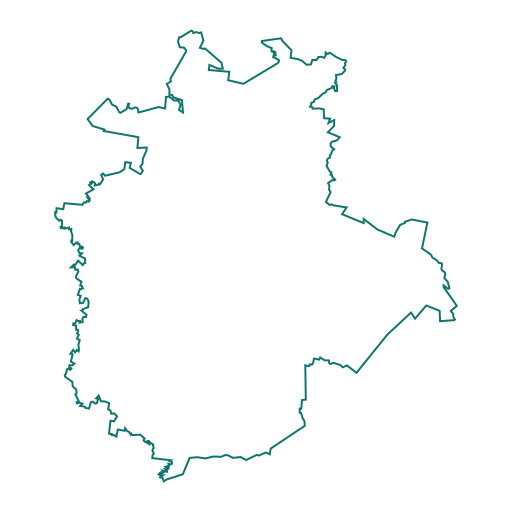 Macuspana, Tabasco, Mexico (Mercator projection)
{"feature_id": "50627088B6911600135809", "entity_name": "Macuspana", "entity_type": "district", "adm_level": 2, "iso_a3": "MEX", "parent_name": "Mexico", "parent_adm1": "Tabasco", "projection": "mercator", "projection_center": [-92.511, 17.856], "detail": "fine", "context": "isolated", "style": "outline", "palette": "teal", "viewbox_px": 512, "rotation_deg": 0, "n_neighbors": 0, "source": "geoboundaries", "source_scale": "gbopen_adm2", "svg_char_len": 5872}
<svg xmlns="http://www.w3.org/2000/svg" viewBox="0 0 512 512"><path d="M448.2,288.9L449.4,288.1L447.8,281.9L444.4,278.1L445.3,273.8L444.6,272.1L442.0,270.4L441.4,268.8L442.1,264.6L441.6,263.3L438.6,262.8L437.1,260.5L432.4,257.5L430.8,254.5L422.0,248.4L427.4,222.6L411.8,219.5L405.1,221.7L405.1,222.8L400.1,224.9L395.7,232.5L394.3,236.7L377.6,229.6L363.7,219.0L363.7,223.1L342.1,214.2L346.6,207.4L333.7,205.4L331.2,204.3L329.8,205.0L325.9,202.0L330.6,192.1L329.1,189.6L329.4,185.7L328.1,183.1L332.3,180.1L334.5,180.4L335.2,179.7L332.1,176.7L332.1,175.1L330.5,174.7L331.4,172.4L329.9,171.6L326.5,165.8L327.8,162.8L326.9,160.9L327.6,158.8L330.0,157.5L329.8,155.2L331.1,154.1L332.3,150.4L334.1,149.2L330.7,146.4L330.5,143.5L331.9,141.8L337.1,140.3L339.7,137.2L327.9,132.3L334.1,125.9L334.2,120.1L328.5,123.0L330.1,118.7L324.1,118.2L323.7,109.3L319.2,108.4L312.7,108.7L312.4,107.2L310.1,106.7L311.2,105.1L311.3,102.8L313.7,102.0L314.6,99.6L318.6,97.8L322.6,93.8L325.7,92.3L326.7,90.2L332.2,87.7L332.3,86.2L334.5,86.4L333.9,88.1L335.2,91.1L337.2,90.9L336.9,84.9L335.0,82.8L336.3,81.7L335.4,80.8L336.4,78.7L336.0,75.0L341.7,74.1L344.9,70.7L345.2,69.6L343.4,67.9L345.3,65.2L345.0,63.2L346.2,61.3L345.1,60.0L342.2,59.9L336.5,57.2L329.8,52.7L327.6,54.1L325.7,52.6L325.5,55.8L324.1,57.9L321.8,56.8L318.5,57.0L316.5,60.0L312.4,59.9L310.9,64.4L306.6,64.7L302.0,60.8L298.4,59.3L290.6,57.8L291.5,50.3L282.4,40.9L281.0,38.3L261.9,41.0L261.7,42.5L267.2,46.3L271.7,48.1L271.4,50.7L272.3,51.8L273.4,51.1L275.3,52.0L275.7,56.2L274.2,53.2L273.2,57.1L278.7,59.8L279.1,61.2L277.5,63.3L243.4,83.8L228.2,80.2L229.3,71.8L208.8,70.0L209.4,65.0L218.5,68.7L222.8,68.6L221.5,62.8L205.1,48.5L203.3,48.9L199.9,47.8L203.4,40.6L201.2,32.4L199.0,33.1L196.3,32.0L193.4,33.1L192.6,31.2L191.2,30.7L180.9,37.1L179.1,37.3L178.0,41.7L179.8,47.2L184.1,47.7L185.8,49.8L186.1,51.4L170.4,78.7L170.9,81.4L166.8,84.0L169.4,89.2L169.4,94.8L172.1,95.0L173.4,97.4L181.9,100.1L183.0,112.4L179.0,109.9L180.5,105.0L178.4,100.5L174.0,100.5L169.4,96.7L166.0,96.9L165.1,108.4L158.5,107.1L138.5,112.5L137.9,109.0L136.7,107.7L135.0,107.4L131.8,108.9L129.2,108.1L128.4,106.1L129.0,103.7L128.2,103.7L126.5,109.2L120.5,112.8L119.3,112.3L116.3,106.7L112.1,104.6L109.5,99.7L107.8,98.6L87.6,119.0L92.6,126.0L104.4,129.6L103.7,131.0L138.4,137.2L137.4,148.0L146.7,147.5L146.4,150.7L142.9,158.7L142.5,163.8L140.3,166.6L142.8,170.7L141.3,173.4L140.1,174.1L129.7,167.9L130.9,162.8L125.2,162.2L124.4,169.0L119.9,172.2L105.1,175.7L103.1,173.5L101.2,174.8L103.1,179.4L99.9,184.5L98.9,183.7L98.2,184.7L94.8,185.5L95.2,183.4L94.3,182.5L92.8,181.6L92.0,183.0L91.5,181.7L90.3,182.5L91.0,183.4L89.0,185.0L93.5,189.3L86.0,193.5L88.4,196.7L87.2,197.1L88.7,199.2L89.6,198.6L89.9,199.8L88.8,201.6L87.0,201.1L86.0,202.7L84.0,202.3L82.4,204.8L64.4,203.2L63.2,209.2L56.6,208.2L56.4,212.3L55.2,212.1L55.3,216.0L56.5,218.2L59.3,220.8L60.4,219.7L62.0,220.6L62.1,226.5L60.6,226.8L60.9,228.2L64.8,227.6L64.5,228.6L65.7,228.5L69.0,227.6L69.1,229.3L72.1,228.9L70.7,229.9L72.4,235.5L72.2,240.9L71.3,240.6L71.2,241.9L73.7,245.1L76.1,242.6L77.5,242.4L77.6,243.9L79.3,243.9L79.9,246.4L82.4,246.8L83.0,247.8L82.4,248.7L79.4,248.3L78.1,250.3L79.4,253.0L82.0,253.3L79.4,255.7L85.1,258.5L85.2,263.1L83.6,263.5L82.8,265.1L78.1,260.6L74.9,265.4L73.9,264.5L71.0,267.4L73.9,267.2L75.1,267.7L75.3,269.8L77.8,269.5L78.3,271.6L76.0,276.2L76.3,278.3L81.5,281.8L80.2,285.4L81.9,285.9L82.8,288.1L82.2,287.9L81.1,289.3L79.9,288.9L77.8,294.9L80.7,295.9L79.4,299.5L79.9,303.2L82.8,303.1L85.4,298.1L87.3,298.7L88.7,301.9L88.1,307.3L82.9,309.1L82.7,310.3L81.4,310.6L86.5,314.8L86.1,317.0L83.4,316.8L82.4,318.9L82.7,322.1L79.5,322.6L79.9,320.9L77.9,321.0L76.6,320.1L75.0,323.5L73.4,323.3L73.1,325.0L76.1,325.7L76.1,329.6L77.9,329.7L78.1,331.3L77.1,333.3L78.8,334.7L76.9,338.6L79.7,340.1L78.4,344.6L78.9,349.5L78.6,351.3L77.0,350.0L75.1,352.4L73.2,349.9L70.5,353.8L72.1,353.8L72.6,354.6L70.9,361.6L74.4,363.7L72.4,365.3L69.4,365.2L69.2,367.1L71.4,368.4L70.4,369.9L68.2,368.8L66.9,369.4L66.1,373.7L64.8,375.1L65.0,376.6L72.3,381.9L72.7,386.2L76.4,389.8L76.5,393.5L75.4,394.3L78.7,401.1L76.6,402.1L76.9,403.3L77.8,403.4L78.3,402.4L82.4,403.7L80.2,405.9L84.9,406.7L85.5,408.0L89.1,408.5L90.8,402.2L92.6,401.7L95.4,403.6L96.7,403.3L98.2,399.0L96.1,398.4L98.7,395.6L100.9,401.2L105.9,401.7L109.2,403.2L108.1,409.2L110.5,410.7L111.2,413.7L114.1,413.3L117.1,416.3L114.0,421.3L110.5,420.7L109.0,433.7L111.9,434.1L111.8,435.0L115.7,435.4L115.6,436.5L116.4,436.7L117.8,429.5L124.7,430.8L125.1,428.3L127.5,431.4L128.7,431.6L130.4,433.9L131.2,433.6L131.3,435.1L140.3,434.7L144.6,438.5L143.5,440.1L144.2,441.3L147.8,443.2L146.9,441.3L148.6,440.9L149.4,441.4L149.7,444.1L150.8,443.0L153.3,444.5L152.9,445.7L153.7,447.5L152.4,450.3L153.8,453.8L152.6,455.0L152.3,458.1L171.1,460.3L169.9,461.2L171.8,461.9L172.0,463.7L170.8,464.4L168.5,463.7L169.0,465.6L166.7,466.4L168.7,466.8L168.4,468.8L167.8,469.1L167.6,467.7L164.9,468.6L166.8,470.2L167.0,471.7L165.7,471.5L165.4,470.5L165.0,471.3L162.6,470.6L164.2,473.1L163.3,472.2L162.3,473.2L161.1,472.2L159.8,473.1L160.6,474.2L158.8,474.4L160.1,475.6L162.9,475.4L160.4,477.4L162.6,478.1L163.8,481.3L166.6,479.5L182.8,474.3L189.7,457.9L197.4,457.2L205.2,458.4L213.7,456.5L221.1,456.8L225.3,455.0L228.3,455.4L233.0,457.9L240.6,457.0L246.2,460.0L256.8,454.9L259.1,455.5L265.7,452.5L269.8,454.3L270.7,448.6L304.8,425.8L304.4,421.0L302.8,418.5L301.0,413.0L299.8,412.7L299.7,408.7L301.3,408.7L301.9,400.1L305.8,399.6L305.3,365.3L308.1,366.2L309.5,365.8L309.6,364.4L312.0,364.6L313.3,362.8L313.9,358.6L319.2,359.6L320.2,357.5L324.6,360.3L328.9,360.4L329.0,362.5L330.2,364.1L333.4,362.8L340.4,365.0L342.8,367.3L347.0,365.4L356.5,372.8L387.3,334.7L411.0,312.6L415.1,318.6L426.3,305.5L439.6,310.8L440.1,321.2L454.3,320.1L454.9,319.5L453.5,317.1L453.1,313.7L450.8,310.9L456.8,305.9L443.6,287.0L443.6,285.4L448.2,288.9Z" fill="none" stroke="#0f766e" stroke-width="2"/></svg>